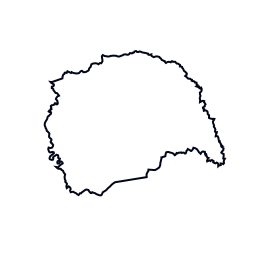 Morrinhos, Goiás, Brazil (orthographic projection), rotated 329°
{"feature_id": "56859067B47188635940101", "entity_name": "Morrinhos", "entity_type": "district", "adm_level": 2, "iso_a3": "BRA", "parent_name": "Brazil", "parent_adm1": "Goiás", "projection": "orthographic", "projection_center": [-49.117, -17.8], "detail": "fine", "context": "isolated", "style": "outline", "palette": "ink", "viewbox_px": 256, "rotation_deg": 329, "n_neighbors": 0, "source": "geoboundaries", "source_scale": "gbopen_adm2", "svg_char_len": 5798}
<svg xmlns="http://www.w3.org/2000/svg" viewBox="0 0 256 256"><g transform="rotate(329 128 128)"><path d="M203.5,157.3L203.9,156.3L204.5,155.4L204.4,154.1L203.5,152.7L201.9,152.3L202.2,151.5L203.0,150.9L202.5,149.9L202.8,149.0L204.9,149.0L205.5,148.1L206.6,147.7L206.7,146.9L206.6,146.1L206.5,145.0L207.2,144.2L206.3,143.3L205.2,143.0L203.0,142.9L204.1,141.4L204.5,140.6L204.8,139.5L205.5,138.7L206.7,137.8L206.9,136.6L207.2,135.9L207.9,134.6L209.3,134.5L210.3,133.9L211.3,132.5L211.4,131.3L210.6,131.6L210.3,129.7L209.7,130.3L209.2,129.1L208.8,128.4L208.2,127.7L209.5,127.7L209.8,126.9L209.1,126.1L209.8,125.2L210.1,124.4L209.5,123.8L208.8,123.5L208.9,122.5L208.4,121.6L207.4,121.0L207.0,120.3L207.6,119.6L206.8,118.5L206.5,117.7L205.7,117.2L205.0,116.6L204.4,114.3L203.8,112.9L205.0,112.6L205.7,112.6L206.5,111.5L206.3,110.7L206.1,109.4L205.6,108.4L205.4,107.6L205.6,106.6L205.8,105.5L205.4,104.6L205.8,103.4L205.2,102.7L204.2,102.0L205.1,100.7L204.4,99.5L204.0,98.5L203.1,98.0L202.7,96.8L202.6,95.6L200.7,94.5L200.5,93.7L199.8,93.3L198.5,93.7L197.9,92.9L196.9,92.2L195.7,91.8L194.9,91.7L194.0,91.8L193.7,90.8L193.9,89.4L193.0,88.7L192.6,87.7L192.0,87.1L191.9,85.0L191.4,84.3L191.5,83.2L189.8,81.6L189.0,81.1L188.2,80.8L187.4,80.8L186.5,80.5L185.9,79.3L185.4,78.5L185.3,77.6L185.9,76.9L183.9,76.3L183.2,75.5L183.5,74.6L182.5,73.7L181.8,72.8L181.0,72.2L179.2,70.6L178.2,69.2L177.3,68.3L176.3,68.3L175.5,67.9L174.8,67.3L174.7,66.4L173.9,65.9L172.8,65.8L172.2,66.3L171.3,66.3L170.6,65.8L169.8,66.1L168.3,64.8L166.9,65.3L165.6,65.2L164.9,64.6L164.0,63.8L162.5,62.9L161.3,62.9L160.4,62.8L159.3,62.6L157.4,62.3L156.1,61.4L155.0,60.0L153.6,59.0L152.3,58.2L149.9,57.2L148.1,56.8L144.9,54.1L144.0,52.5L142.6,53.0L141.7,54.8L141.3,56.1L140.6,57.5L139.4,58.3L138.3,58.7L137.5,57.9L136.5,58.0L135.4,58.1L135.0,57.1L133.4,55.7L130.8,54.6L129.4,54.6L128.2,55.6L127.5,56.4L126.2,56.6L125.0,57.3L124.2,58.2L123.3,58.4L122.2,58.3L120.7,58.3L118.5,57.2L118.3,56.2L118.0,55.3L116.9,55.0L114.2,55.7L113.0,55.3L111.6,54.5L109.4,52.6L108.4,51.0L107.6,51.5L106.9,50.7L105.3,48.2L103.8,49.2L103.1,48.4L102.2,48.0L101.3,48.9L100.1,48.9L99.3,49.4L98.4,50.3L97.3,51.7L86.3,49.4L85.3,48.6L85.5,50.0L86.0,50.7L86.4,51.6L86.9,52.4L86.4,53.3L85.6,53.7L84.0,53.4L83.2,54.6L83.8,55.4L84.0,56.3L83.5,57.3L83.8,58.5L83.9,60.5L85.1,61.6L85.4,63.4L85.5,64.8L83.9,64.6L83.0,64.9L81.9,65.4L81.1,66.0L81.4,68.5L80.9,69.4L80.7,70.5L79.8,71.2L78.7,70.8L78.7,69.6L78.0,69.1L76.8,69.9L75.2,69.7L74.2,69.2L73.2,69.4L72.8,70.2L72.7,71.1L71.9,71.6L72.1,72.4L71.4,72.6L69.5,72.5L68.5,73.0L68.9,73.8L70.0,74.5L69.9,75.4L69.1,76.2L67.7,76.4L66.8,76.8L65.3,76.9L64.5,77.4L63.6,78.4L62.8,79.0L61.6,79.5L59.4,80.8L58.7,81.7L58.0,82.8L57.8,83.7L57.7,84.7L57.4,85.8L57.4,87.3L56.9,88.6L57.3,89.6L57.6,90.8L57.8,92.2L56.3,94.1L55.8,94.9L55.8,95.9L56.3,97.3L56.5,98.4L56.0,99.1L55.2,99.6L54.5,100.0L54.4,101.1L55.1,102.2L54.8,102.9L55.1,104.0L54.2,105.0L52.8,105.7L51.7,105.4L50.9,105.0L49.9,103.9L48.8,104.9L48.5,105.9L48.2,107.5L48.3,108.4L49.1,109.1L50.0,109.3L50.9,109.6L51.8,110.5L51.6,111.4L50.9,111.6L46.8,112.2L45.2,113.4L44.9,114.5L45.8,115.6L46.4,116.2L47.4,116.5L48.2,115.8L48.5,114.8L49.4,114.2L50.7,114.3L52.9,114.1L54.0,115.4L53.6,116.5L52.8,117.5L52.9,118.4L53.8,119.2L52.5,120.4L50.7,120.2L49.7,120.9L49.4,122.2L50.4,122.8L51.6,122.5L52.4,121.8L53.3,122.1L53.8,122.8L54.0,123.7L53.8,124.7L52.8,124.8L51.5,124.8L49.4,125.2L48.0,125.7L47.3,125.2L46.3,124.4L46.7,125.8L47.1,126.7L48.0,127.6L49.4,128.4L49.4,129.7L49.9,130.4L50.3,131.3L50.0,132.7L50.0,134.0L50.3,135.3L49.5,136.2L48.6,137.0L48.1,138.0L47.4,139.6L47.3,141.2L46.5,141.8L46.8,143.0L47.0,144.0L46.6,144.9L45.8,145.5L45.0,146.5L44.6,148.0L45.7,147.9L47.0,147.4L47.6,148.5L47.7,150.1L47.3,150.9L46.1,151.8L45.8,153.5L48.2,154.4L48.8,155.6L49.4,156.5L49.9,157.2L50.4,158.9L51.1,160.0L53.3,159.2L54.1,159.8L54.8,159.5L55.6,159.4L57.1,159.3L58.9,159.1L59.7,159.1L60.8,159.4L62.1,160.7L62.1,162.9L62.5,163.6L62.5,164.5L63.3,165.0L64.2,164.6L66.4,167.3L66.9,168.5L67.6,169.3L68.2,170.2L69.1,171.1L70.1,171.8L71.2,171.6L73.3,170.1L76.7,170.1L77.8,169.9L80.1,169.2L82.3,168.9L84.4,168.3L85.8,168.0L87.9,167.9L88.9,167.8L118.7,179.7L119.8,177.6L120.9,176.6L122.0,175.9L123.1,175.5L124.1,174.2L129.5,178.0L132.0,178.1L134.5,177.9L136.4,176.5L138.0,174.3L138.7,173.7L140.6,171.7L141.2,171.2L141.5,170.4L142.6,170.8L143.6,170.8L144.4,171.3L145.5,171.4L146.0,170.7L147.6,169.0L148.4,168.5L149.6,169.0L150.5,169.5L151.3,170.6L152.2,171.4L153.0,172.3L153.8,173.5L154.0,175.4L154.7,175.5L156.8,174.5L157.3,175.3L158.5,175.2L160.1,176.0L160.9,176.2L161.1,177.0L162.4,177.4L163.2,177.9L163.4,178.9L164.1,179.4L164.9,179.2L166.4,177.7L167.4,177.5L168.4,176.8L169.5,178.6L169.9,179.8L170.5,180.3L172.7,179.6L173.9,178.6L175.4,180.2L176.2,181.9L176.4,185.6L176.8,186.6L177.0,187.5L178.7,186.6L180.2,186.7L180.8,187.5L181.6,188.0L181.3,188.8L180.7,189.8L180.5,191.2L181.4,191.1L181.0,192.1L180.8,194.2L181.5,195.1L180.6,195.2L179.7,196.3L179.0,196.6L178.7,197.4L181.5,197.8L181.7,198.8L183.5,198.7L183.9,199.7L184.3,200.5L183.4,201.1L183.9,202.4L184.9,203.4L186.2,203.3L186.8,204.4L186.8,205.3L185.7,207.2L186.5,207.0L188.4,207.5L189.1,206.1L190.5,207.1L191.0,208.0L192.2,207.6L192.8,206.0L193.9,204.9L195.2,204.2L194.0,203.2L194.7,202.3L195.8,201.0L196.6,199.5L195.8,198.5L195.3,197.2L196.0,196.7L197.3,196.3L198.1,196.2L199.4,194.7L198.9,193.4L198.4,191.9L198.8,191.0L199.5,191.5L199.1,189.9L199.5,189.1L199.2,187.6L199.8,186.7L199.1,186.4L200.5,182.6L200.6,181.4L199.9,180.6L198.9,180.3L200.3,178.7L201.2,178.2L202.0,177.3L200.8,176.7L200.9,175.5L202.2,174.2L202.4,172.8L202.2,171.1L203.1,170.2L203.5,167.6L204.0,166.4L204.7,165.8L205.6,165.5L206.7,164.7L205.8,164.0L204.9,163.7L204.3,163.0L203.5,162.3L202.6,161.1L204.1,158.7L203.5,157.3Z" fill="none" stroke="#020617" stroke-width="2"/></g></svg>